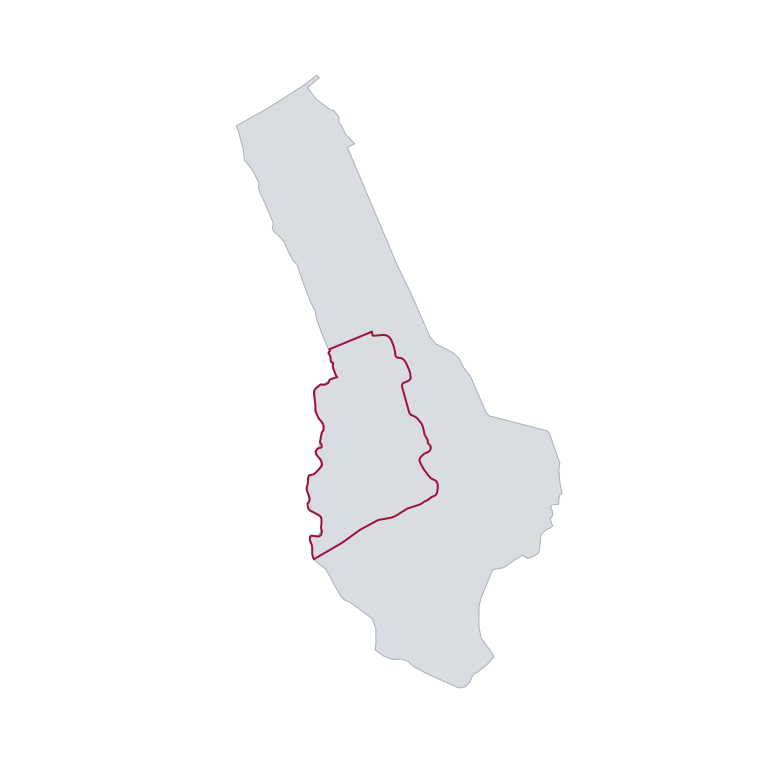 Borgou on a map of Benin (Natural Earth projection), rotated 157°
{"feature_id": "BEN-2169", "entity_name": "Borgou", "entity_type": "Department", "adm_level": 1, "iso_a3": "BEN", "parent_name": "Benin", "parent_adm1": "", "projection": "natural_earth1", "projection_center": [2.675, 9.701], "detail": "fine", "context": "in_parent", "style": "outline", "palette": "rose", "viewbox_px": 768, "rotation_deg": 157, "n_neighbors": 0, "source": "natural_earth", "source_scale": "10m", "svg_char_len": 4634}
<svg xmlns="http://www.w3.org/2000/svg" viewBox="0 0 768 768"><g transform="rotate(157 384 384)"><path d="M325.1,694.6L324.0,691.2L338.5,686.8L335.5,673.6L326.5,657.9L323.0,655.0L321.2,647.3L323.4,642.2L322.3,638.7L321.6,628.2L317.1,616.6L325.3,616.1L325.3,578.6L325.3,542.7L325.3,512.0L325.4,487.8L323.8,458.8L323.6,437.4L323.3,409.3L320.4,400.5L308.1,385.7L304.7,377.9L304.2,367.7L301.4,357.2L301.3,338.8L301.1,317.4L300.0,313.9L286.7,303.7L267.8,289.2L253.5,278.2L252.4,277.4L251.0,274.7L253.1,242.1L256.1,237.8L260.7,224.4L262.9,213.5L265.0,213.6L267.9,210.1L270.3,204.9L272.8,206.0L277.0,207.0L278.9,205.2L278.6,201.2L280.0,197.1L283.3,195.3L284.2,191.7L284.2,187.5L287.0,186.4L291.9,186.5L295.8,185.2L299.0,183.1L303.2,174.7L305.5,171.7L306.2,169.6L308.5,167.8L315.0,166.9L320.2,167.6L323.5,172.5L345.8,168.2L356.4,170.7L378.0,149.4L382.9,143.2L389.5,128.2L391.7,122.4L393.8,112.1L389.5,93.1L389.7,89.7L398.7,85.6L409.8,82.4L414.1,82.1L417.0,80.5L421.1,76.4L427.7,73.4L431.6,74.4L434.0,75.0L457.4,100.2L467.6,112.9L470.4,119.4L475.6,124.1L483.4,127.0L490.5,133.5L496.0,142.7L492.4,149.2L486.9,162.5L486.7,173.0L499.8,195.0L501.3,197.3L504.7,200.7L506.5,204.8L508.0,215.7L509.0,227.9L510.0,236.2L516.3,247.8L516.8,252.4L512.4,269.7L511.4,271.5L510.2,272.0L503.4,270.5L500.5,272.4L496.8,278.3L494.6,284.2L494.5,286.6L500.5,297.5L496.7,313.2L492.8,323.0L485.9,328.5L479.6,329.9L475.3,332.5L472.7,335.9L473.1,347.2L463.9,357.4L458.8,364.5L456.4,368.9L457.4,382.1L454.2,395.4L448.5,405.9L435.8,408.2L425.1,409.5L421.5,436.3L421.6,453.3L420.6,470.6L418.9,477.6L419.6,487.6L418.8,510.1L417.4,527.8L419.3,532.6L420.4,543.0L420.3,553.7L423.0,561.2L426.0,567.8L425.9,571.1L424.3,573.2L423.0,576.0L423.0,601.4L423.5,609.0L422.7,613.8L420.5,617.8L421.4,630.6L423.2,638.8L425.1,644.8L423.3,649.8L421.7,656.5L419.3,673.4L419.2,679.3L382.7,683.4L342.0,690.2L325.1,694.6Z" fill="#d9dde1" stroke="#a8b0b8" stroke-width="1"/><path d="M517.0,250.1L517.0,253.2L516.4,255.9L514.2,260.9L513.4,263.6L513.3,268.8L512.7,270.7L511.4,272.6L510.1,272.8L504.5,269.5L502.7,269.1L501.0,269.7L499.3,271.6L498.7,272.6L498.5,273.2L498.4,275.2L498.1,276.4L495.9,280.3L494.1,284.8L494.2,286.7L495.4,289.0L501.3,296.0L502.1,297.3L502.3,298.9L502.1,300.7L502.0,301.2L501.3,303.4L500.2,304.4L498.9,305.1L497.6,306.5L497.0,308.2L496.5,316.8L495.6,318.8L492.8,322.6L490.5,327.4L489.0,329.1L483.8,328.4L480.4,329.5L474.2,332.4L472.8,333.6L472.0,335.6L471.8,337.9L472.1,339.9L473.2,343.0L473.9,346.0L473.3,348.7L470.5,350.5L468.9,350.4L467.3,350.0L465.9,350.5L465.2,353.0L465.3,353.7L465.8,355.0L465.7,355.5L460.4,363.5L459.8,364.1L458.4,364.7L457.7,365.2L456.1,368.3L455.7,371.1L456.3,373.9L457.4,377.1L457.7,378.8L457.7,385.3L457.2,387.4L455.4,391.3L452.5,401.6L451.2,404.8L449.0,406.5L443.1,408.3L442.1,408.3L441.2,407.8L440.4,407.1L439.5,406.6L438.5,406.5L435.9,406.6L434.9,406.8L434.0,407.5L433.3,408.4L432.4,409.1L431.3,409.3L424.6,408.6L424.9,411.3L424.7,417.7L424.2,420.4L423.9,421.1L423.0,422.7L422.7,423.0L422.9,423.8L423.3,424.0L423.7,424.2L424.0,424.9L424.0,426.4L422.9,429.3L422.6,430.8L422.7,431.7L423.1,433.3L423.0,434.2L422.6,434.7L421.1,435.5L420.6,436.2L420.6,437.3L374.8,436.9L375.5,433.3L375.0,432.7L374.8,432.5L374.2,432.3L365.6,429.5L363.8,428.5L363.0,427.9L362.3,427.3L361.8,426.5L361.2,425.7L360.9,425.0L360.6,424.2L360.2,422.1L360.1,420.5L360.3,415.5L360.5,414.4L360.9,410.9L361.5,408.5L362.2,406.4L362.3,405.8L362.3,405.2L362.2,404.5L361.8,403.7L361.6,403.3L361.3,403.0L358.7,401.6L358.1,401.1L357.7,400.7L357.1,400.0L356.6,399.2L356.2,398.4L356.0,397.9L355.6,395.7L355.4,392.5L355.4,386.8L355.8,383.4L357.1,379.0L357.9,378.3L358.6,377.9L359.0,377.7L360.4,377.4L362.4,377.3L365.7,377.4L366.2,377.3L366.6,377.1L367.0,376.9L367.3,376.6L367.8,376.0L368.2,375.4L368.5,374.1L371.9,348.2L371.9,346.8L371.2,345.0L369.7,343.5L367.9,341.4L366.8,339.3L366.6,338.8L365.0,333.2L364.9,331.9L364.9,330.2L365.7,324.9L366.3,322.0L366.3,320.1L365.6,315.1L366.3,313.6L366.5,313.4L366.6,313.0L366.7,312.5L365.9,310.5L365.6,308.6L365.5,308.2L365.7,307.6L366.0,306.8L366.7,305.9L367.1,305.4L367.6,305.0L368.4,304.6L369.3,304.3L374.0,304.1L375.4,303.8L378.8,302.4L379.6,301.8L380.3,301.2L380.9,300.5L381.2,300.0L381.3,298.8L381.4,296.8L380.7,289.6L379.5,285.0L379.2,283.4L377.9,279.5L377.5,278.8L377.0,278.0L374.8,275.6L374.3,274.8L373.9,274.0L373.9,273.7L373.8,273.2L373.7,271.7L373.9,270.2L374.5,268.6L375.5,266.5L377.7,263.2L378.0,263.0L378.2,262.7L380.1,261.4L384.3,261.4L388.8,260.2L393.2,259.9L397.6,259.0L411.2,260.2L425.1,258.0L429.8,258.2L442.5,261.1L463.3,259.1L484.2,254.3L517.0,250.1L517.0,250.1Z" fill="none" stroke="#9f1239" stroke-width="2"/></g></svg>